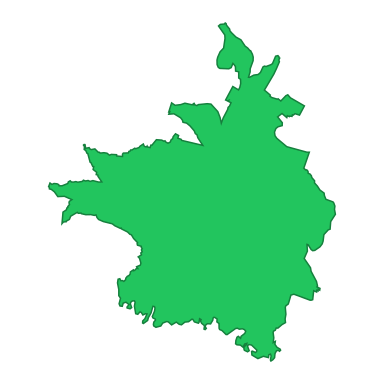 the district of Tecali de Herrera, Puebla, Mexico
{"feature_id": "50627088B1690235802813", "entity_name": "Tecali de Herrera", "entity_type": "district", "adm_level": 2, "iso_a3": "MEX", "parent_name": "Mexico", "parent_adm1": "Puebla", "projection": "natural_earth1", "projection_center": [-97.988, 18.898], "detail": "fine", "context": "isolated", "style": "filled", "palette": "green", "viewbox_px": 384, "rotation_deg": 0, "n_neighbors": 0, "source": "geoboundaries", "source_scale": "gbopen_adm2", "svg_char_len": 5983}
<svg xmlns="http://www.w3.org/2000/svg" viewBox="0 0 384 384"><path d="M48.6,186.7L49.3,187.2L49.4,188.9L51.3,189.4L54.4,191.8L57.8,196.6L64.4,196.3L71.9,199.6L69.3,201.4L69.0,202.9L69.5,204.5L67.8,206.5L67.8,207.5L67.0,207.8L66.3,209.9L63.0,212.1L62.0,223.6L63.4,222.0L66.2,221.7L66.2,221.2L69.4,219.4L70.7,216.2L77.3,212.3L78.2,213.3L81.1,213.1L81.4,213.7L85.8,214.7L90.8,214.6L94.4,215.4L96.0,214.9L97.0,217.5L98.6,219.5L103.4,221.6L112.3,223.8L114.7,225.7L120.2,228.3L121.2,228.1L121.3,228.8L127.6,232.0L129.9,234.3L131.4,234.8L133.6,238.5L137.6,242.7L137.1,243.7L137.5,245.2L141.3,246.3L141.3,247.4L142.2,248.7L141.4,249.9L142.2,251.8L140.8,253.0L141.5,254.8L138.2,256.9L139.5,258.3L140.9,263.1L140.3,265.2L136.6,266.7L137.8,268.5L136.6,268.3L134.6,270.4L133.6,270.7L133.3,269.9L130.4,271.9L130.1,274.1L129.0,275.5L127.3,276.3L125.8,278.2L125.6,279.7L123.8,281.4L122.6,280.6L120.8,280.7L119.8,278.7L118.1,279.2L117.5,282.9L118.8,289.6L118.8,295.7L120.5,298.2L119.1,303.8L120.0,306.0L122.3,306.3L123.2,303.1L126.0,302.2L129.0,304.6L127.0,307.1L127.1,308.0L130.1,308.8L131.7,307.6L130.4,303.9L130.7,302.3L132.3,301.0L134.4,300.8L135.1,302.2L134.4,306.1L135.7,313.7L137.8,314.3L140.0,311.8L141.3,312.5L142.9,315.0L145.5,313.7L147.0,313.9L144.9,318.7L142.7,321.0L142.6,323.0L143.4,323.5L147.6,320.5L148.4,317.6L151.1,312.8L152.9,306.3L154.5,306.6L155.0,308.0L154.5,311.2L152.3,316.6L152.9,317.9L155.4,319.2L155.4,320.2L153.8,322.1L153.4,324.4L153.7,325.9L155.9,327.3L160.8,326.0L162.7,323.1L166.4,321.6L168.2,321.8L171.6,324.9L176.3,322.1L179.2,324.3L181.5,324.8L184.9,322.1L188.6,321.7L191.9,319.2L192.8,319.3L194.4,321.9L198.4,323.2L199.0,322.5L199.6,318.7L201.1,319.6L200.5,321.0L201.6,323.3L204.5,325.7L204.0,329.1L205.1,329.6L206.3,328.4L205.2,326.6L205.7,325.0L207.4,323.7L210.6,323.9L212.8,320.2L213.1,318.0L213.9,317.3L214.9,317.5L217.1,319.0L216.9,321.9L219.0,323.5L219.1,328.3L219.6,329.5L222.1,330.6L226.0,334.5L227.1,334.6L235.6,328.5L237.4,328.2L239.3,329.2L242.4,328.8L244.4,329.6L245.7,331.2L244.8,333.4L241.1,336.3L240.6,338.3L238.3,336.3L237.0,337.2L235.9,340.5L235.6,343.8L236.9,344.8L240.4,345.1L242.9,347.1L244.7,344.0L246.8,343.4L246.3,344.8L244.2,346.7L243.9,348.8L244.4,350.3L247.6,351.8L249.2,350.7L247.7,346.7L247.8,345.4L248.9,344.6L251.5,345.0L256.8,350.1L256.6,351.5L255.5,352.5L252.5,351.1L251.6,351.4L251.9,355.0L257.9,358.6L263.4,356.3L268.5,357.6L268.9,354.7L270.5,354.1L271.1,356.0L270.4,360.0L270.9,361.0L272.8,359.8L274.6,357.7L275.0,353.6L276.5,350.7L278.4,350.4L279.5,351.3L280.6,350.2L280.1,349.1L277.0,347.3L274.9,344.3L275.3,341.4L273.2,342.6L273.8,337.8L273.1,332.4L273.6,331.1L275.3,330.2L276.2,328.0L277.9,328.1L282.0,324.6L285.5,322.6L285.1,319.0L285.9,314.3L285.3,307.3L285.9,305.7L288.1,304.2L288.6,303.0L290.9,295.1L293.9,294.2L310.1,300.2L311.6,300.1L312.7,299.7L313.7,290.7L316.6,292.0L316.7,290.3L318.0,291.0L318.1,289.4L319.7,290.2L320.0,288.4L316.9,286.9L317.5,286.0L316.5,281.5L311.1,271.3L310.5,267.7L304.2,258.5L307.4,251.1L307.0,244.4L308.1,244.7L311.1,249.5L312.7,250.7L314.8,250.4L320.0,246.8L322.2,243.9L323.1,241.1L323.9,234.6L328.3,229.8L330.1,229.2L330.7,221.6L335.4,214.3L334.5,209.4L334.9,206.1L333.8,203.0L333.0,201.9L325.9,199.3L324.4,195.5L324.1,193.1L319.9,190.0L317.4,186.1L314.5,182.9L314.6,180.8L311.8,177.5L311.4,175.8L310.1,174.1L308.2,173.3L308.0,171.3L306.8,169.9L305.6,169.9L303.8,168.2L309.3,152.2L306.9,152.2L286.8,146.7L276.8,138.3L275.0,135.7L274.5,132.1L275.9,128.5L278.0,126.8L282.2,125.6L282.3,122.7L277.6,116.9L282.0,113.5L286.8,117.6L287.3,115.7L289.4,116.6L289.7,116.1L292.0,116.4L292.4,114.8L293.3,115.1L295.0,113.7L299.5,115.1L304.4,105.9L290.4,97.8L287.8,94.8L285.9,95.7L280.8,101.0L278.1,98.8L277.4,99.2L271.7,97.5L269.9,96.2L270.3,95.1L264.4,90.1L273.8,74.2L276.5,68.5L279.4,61.7L278.8,60.0L279.7,58.1L279.0,57.7L278.9,56.7L277.9,55.6L275.6,56.2L272.5,63.6L270.9,64.7L266.1,66.5L264.4,66.1L263.0,66.9L260.5,72.4L258.2,74.5L253.8,75.1L249.4,77.4L248.5,77.3L250.1,72.0L250.2,68.8L253.1,60.7L253.2,57.1L252.4,54.2L250.6,50.7L250.0,50.7L247.7,48.0L245.1,46.1L240.9,39.8L236.0,37.1L231.4,32.6L229.8,30.6L229.7,29.2L226.5,25.2L226.1,23.6L225.2,23.0L224.5,24.0L220.3,24.4L218.5,26.0L224.8,35.0L225.0,38.5L223.6,48.1L220.1,51.8L217.7,57.2L217.0,60.1L217.1,64.6L218.3,67.4L219.8,68.4L228.8,68.8L231.2,67.6L232.9,63.4L233.5,63.9L235.4,66.5L235.6,71.1L238.7,71.8L238.7,78.0L240.5,79.3L240.7,83.5L239.8,87.4L238.5,89.9L232.8,86.5L225.6,100.0L227.5,100.9L228.7,100.4L228.2,101.3L231.0,102.7L229.5,106.1L228.1,107.4L227.7,109.4L223.2,118.0L221.3,123.2L220.1,117.6L217.8,111.6L211.0,104.1L207.3,103.7L198.3,104.6L196.9,105.6L194.8,104.8L194.4,103.8L193.9,104.6L193.5,103.7L192.2,104.8L184.9,103.2L180.8,104.6L175.1,105.3L171.6,102.9L168.8,111.9L169.8,111.7L168.8,114.2L174.0,113.8L180.5,117.7L182.4,120.1L183.0,122.3L186.6,123.1L190.0,125.9L194.3,130.9L195.3,133.6L197.0,134.8L197.8,137.7L202.8,145.4L181.7,140.4L181.1,139.3L177.8,138.2L178.6,135.5L175.5,133.8L173.2,136.6L172.6,138.8L171.3,139.5L170.2,142.1L168.0,143.2L165.9,142.1L165.0,140.8L163.9,141.2L161.7,140.1L156.4,139.7L151.9,145.2L150.9,145.1L150.1,147.6L147.4,146.9L147.1,146.1L146.6,146.8L145.3,146.8L144.2,146.1L143.3,144.0L139.9,146.3L139.1,147.5L135.7,148.7L134.8,148.2L132.1,149.9L130.6,150.0L130.1,151.1L128.9,151.4L128.3,152.9L123.3,153.1L122.5,154.2L122.5,156.5L116.7,156.0L116.6,154.7L111.3,154.4L109.5,155.2L107.0,153.2L103.9,152.7L100.2,153.1L99.5,152.3L98.2,152.2L94.9,148.9L91.2,149.6L90.1,149.1L89.1,147.6L85.7,148.3L85.0,144.6L84.1,144.5L83.5,145.0L83.6,145.6L84.5,145.6L84.2,149.5L85.7,150.5L87.0,153.3L87.8,153.6L90.1,162.2L91.0,162.7L92.7,166.4L93.7,166.6L93.1,169.5L96.7,172.3L96.2,174.6L97.9,175.1L98.0,176.4L101.8,181.9L98.8,182.1L92.9,180.6L90.1,181.4L88.1,180.5L85.5,181.0L83.4,180.2L82.4,181.4L77.8,182.2L75.8,181.6L73.6,182.1L71.4,182.0L70.2,180.8L68.3,181.9L67.8,183.5L62.0,185.8L59.1,185.8L58.7,184.6L57.0,183.8L54.0,183.5L51.9,184.4L50.0,183.0L48.6,186.7Z" fill="#22c55e" stroke="#15803d" stroke-width="1.5"/></svg>